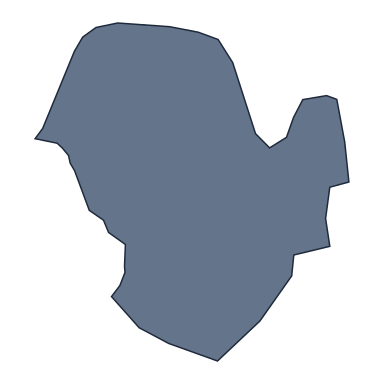 outline of Vilakas, rotated 270°
{"feature_id": "LVA-5742", "entity_name": "Vilakas", "entity_type": "Municipality", "adm_level": 1, "iso_a3": "LVA", "parent_name": "Latvia", "parent_adm1": "", "projection": "equal_earth", "projection_center": [27.651, 57.187], "detail": "fine", "context": "isolated", "style": "filled", "palette": "slate", "viewbox_px": 384, "rotation_deg": 270, "n_neighbors": 0, "source": "natural_earth", "source_scale": "10m", "svg_char_len": 657}
<svg xmlns="http://www.w3.org/2000/svg" viewBox="0 0 384 384"><g transform="rotate(270 192 192)"><path d="M245.3,35.1L255.6,42.7L332.7,74.4L346.9,82.7L356.5,96.0L361.0,117.6L357.3,169.7L351.8,198.2L344.5,218.1L321.4,232.7L250.4,255.5L236.1,269.6L246.7,286.5L266.5,293.5L284.4,302.8L288.4,326.6L284.6,336.8L242.1,344.7L202.0,348.9L196.8,329.8L165.5,325.6L137.7,329.8L129.0,293.8L108.1,291.7L63.0,259.9L23.0,217.5L40.5,168.8L56.2,139.2L87.4,111.5L98.5,119.9L111.6,125.0L117.6,124.5L139.5,125.4L151.5,108.6L163.8,103.5L173.6,89.3L213.3,74.6L220.8,70.2L228.5,68.5L235.8,62.5L240.8,57.1L245.3,35.1Z" fill="#64748b" stroke="#1e293b" stroke-width="1.5"/></g></svg>